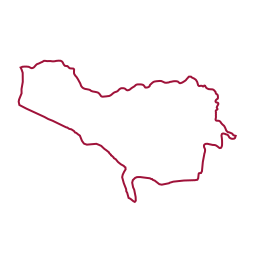 Malacatán, San Marcos, Guatemala (Albers equal-area conic projection), rotated 85°
{"feature_id": "79465075B54780709245522", "entity_name": "Malacatán", "entity_type": "district", "adm_level": 2, "iso_a3": "GTM", "parent_name": "Guatemala", "parent_adm1": "San Marcos", "projection": "albers", "projection_center": [-92.12, 14.914], "detail": "fine", "context": "isolated", "style": "outline", "palette": "rose", "viewbox_px": 256, "rotation_deg": 85, "n_neighbors": 0, "source": "geoboundaries", "source_scale": "gbopen_adm2", "svg_char_len": 5640}
<svg xmlns="http://www.w3.org/2000/svg" viewBox="0 0 256 256"><g transform="rotate(85 128 128)"><path d="M99.8,227.6L109.7,210.3L112.1,206.7L114.2,202.5L122.1,189.3L122.2,188.5L123.7,186.7L124.4,184.5L126.4,182.0L127.8,181.2L128.4,179.9L130.0,178.3L131.4,176.6L136.7,175.0L138.8,173.8L139.8,173.1L140.3,172.0L141.0,170.4L141.0,160.9L142.1,158.7L143.5,156.2L144.8,155.1L146.8,153.3L148.3,151.5L150.7,149.0L151.4,148.9L153.2,147.3L153.7,147.3L154.6,146.2L156.1,144.9L156.8,144.7L158.1,142.9L160.9,141.0L162.0,139.9L163.6,138.2L165.4,135.5L166.4,134.8L167.0,134.0L169.0,134.0L171.3,135.7L174.0,137.3L176.5,138.1L182.6,137.0L188.7,135.2L191.0,135.2L192.3,134.5L197.7,133.5L198.7,131.8L201.4,129.0L202.2,127.7L201.1,126.6L197.4,126.4L190.0,127.2L187.5,128.1L182.8,128.6L180.3,127.7L178.3,125.2L177.7,123.3L178.0,119.8L180.0,110.6L180.9,109.2L180.9,108.5L181.9,107.7L182.7,106.0L186.7,101.7L187.4,99.3L186.6,91.9L186.2,91.4L185.4,87.5L185.2,76.8L185.8,65.9L185.6,63.4L184.3,62.5L179.8,61.6L179.2,61.1L179.2,59.2L177.5,58.1L168.3,56.4L161.2,54.4L160.3,54.2L159.4,53.8L158.6,53.5L157.3,53.2L156.2,53.1L155.5,53.2L154.4,53.6L153.9,53.8L153.3,53.9L152.4,53.9L151.7,53.7L151.3,53.4L151.0,53.0L150.8,52.6L150.6,52.0L150.6,51.3L150.6,50.5L150.8,49.8L151.0,49.1L151.3,48.3L151.5,47.5L152.2,45.3L152.5,43.3L152.7,42.6L153.1,41.8L154.3,40.3L154.8,39.8L155.5,39.1L156.0,38.3L155.9,37.3L155.7,36.9L155.0,36.5L154.3,36.1L153.2,35.8L151.4,35.6L148.8,35.4L147.5,35.4L146.2,35.4L144.4,35.5L143.5,35.5L142.7,35.2L142.1,34.9L141.8,34.1L141.8,33.4L142.0,32.8L142.5,31.5L142.9,30.9L143.3,29.7L143.9,29.0L144.5,28.7L145.3,28.3L146.4,27.8L146.8,27.3L147.3,26.6L147.8,25.4L147.9,24.0L147.8,23.1L147.4,22.4L146.5,21.9L145.2,21.4L144.8,22.5L144.6,23.1L144.4,23.5L143.9,24.0L143.2,24.3L142.7,24.7L142.5,25.1L142.0,25.9L141.7,26.5L141.1,27.7L141.0,28.4L140.6,29.1L139.9,29.7L139.3,30.2L138.8,30.4L138.3,30.6L137.8,30.7L136.6,31.1L135.9,31.3L135.5,31.5L134.9,31.8L134.4,32.0L134.0,32.3L133.5,32.8L132.6,33.7L132.0,34.1L131.5,34.5L131.1,34.8L130.6,35.0L130.1,35.3L129.6,35.7L129.1,36.2L128.8,36.8L128.6,37.7L128.5,38.5L128.4,39.2L128.0,39.8L127.4,40.0L126.8,40.0L126.3,39.8L125.6,39.6L125.2,39.5L124.4,39.4L123.4,39.4L122.9,39.3L122.4,39.2L121.6,39.2L121.0,39.2L120.4,39.0L119.9,39.1L119.2,39.1L118.4,39.0L117.9,38.5L117.6,38.0L117.4,37.5L117.0,37.2L116.5,37.3L115.8,37.7L115.2,37.8L114.6,37.5L113.7,37.0L112.7,36.3L112.2,36.0L111.7,35.9L111.1,36.0L110.7,36.4L110.4,37.1L110.3,37.6L110.1,38.0L109.5,38.4L108.9,38.5L108.4,38.3L107.8,37.9L107.3,37.3L106.9,36.7L106.7,36.2L106.0,35.8L104.7,35.7L103.7,35.7L103.1,35.8L102.4,36.2L101.9,36.8L101.5,37.3L100.9,37.5L100.2,37.6L99.6,37.7L99.2,38.1L98.6,38.4L98.0,38.9L97.6,39.3L97.3,39.6L97.0,40.3L96.8,40.8L96.6,42.6L96.4,43.6L96.3,44.2L96.0,44.8L95.7,45.4L95.3,45.9L94.8,46.5L94.3,46.8L93.5,47.2L92.7,47.5L92.4,48.3L92.9,49.0L93.2,49.6L92.7,50.2L92.4,50.9L92.3,52.1L92.4,52.7L92.4,53.5L92.0,54.0L91.5,54.4L91.0,54.5L90.5,54.6L89.5,54.8L88.5,55.0L87.8,55.2L87.3,55.5L86.6,55.8L85.8,56.3L85.4,56.7L85.0,57.3L84.5,57.8L84.1,58.6L83.8,59.0L83.5,59.6L83.2,60.0L82.4,60.7L82.3,61.3L82.2,61.9L82.2,62.5L82.2,63.0L83.4,64.2L84.4,65.3L85.2,66.0L85.5,66.4L85.8,66.8L86.4,67.9L86.7,68.5L87.4,69.9L87.6,70.6L87.8,71.3L87.9,71.9L87.8,72.6L87.4,73.1L86.9,73.5L86.5,73.9L86.1,74.3L85.7,75.4L85.6,76.0L85.5,76.9L85.4,78.4L85.5,79.6L85.7,81.0L85.7,81.8L85.8,82.4L86.1,83.2L86.2,83.8L86.2,84.7L86.3,85.4L86.2,86.5L86.0,87.4L85.6,88.1L85.0,89.1L84.3,90.4L84.1,90.8L83.9,92.2L83.9,94.3L83.9,95.6L84.0,97.2L84.1,97.7L84.3,98.5L84.5,98.9L85.4,100.3L85.9,100.9L86.6,101.8L86.9,102.2L87.5,102.6L88.0,102.7L88.5,103.2L89.0,104.0L89.2,104.7L89.3,105.4L89.3,106.0L89.3,106.7L89.1,107.3L88.3,107.8L87.8,108.0L87.0,108.6L86.4,109.2L86.1,109.9L85.8,110.9L85.7,111.4L85.6,112.4L85.4,114.5L85.5,115.4L85.6,115.9L86.0,116.7L87.0,117.9L88.2,120.3L88.7,121.2L89.2,121.9L89.7,122.6L90.0,123.2L90.2,123.7L90.4,124.9L90.3,125.6L90.1,126.0L89.6,126.6L88.8,127.3L88.4,127.9L88.1,128.6L88.0,129.0L87.9,129.6L87.8,130.5L87.8,131.3L88.0,131.9L88.3,132.6L88.6,133.1L89.3,134.0L90.1,134.8L90.4,135.3L90.8,136.2L90.9,136.8L91.2,138.0L91.6,139.0L92.1,139.8L92.8,140.8L93.2,141.3L93.5,141.8L94.0,142.6L94.1,143.0L94.4,143.7L94.5,144.3L94.5,145.2L94.6,146.9L94.6,147.9L94.6,149.1L94.6,150.3L94.5,151.0L94.1,151.8L93.8,152.1L93.3,152.4L92.4,152.9L91.2,153.7L90.8,154.1L90.2,154.7L89.7,155.8L89.2,157.4L88.5,160.0L88.2,160.6L88.0,161.2L87.7,161.6L87.4,162.0L87.0,162.3L86.6,163.0L86.4,163.5L86.1,164.5L85.8,165.5L85.6,166.2L85.5,166.7L85.2,167.6L84.8,168.4L84.0,169.6L83.4,170.1L82.7,170.6L82.0,171.0L81.0,171.3L80.1,171.5L79.5,171.7L78.9,171.9L77.4,172.6L75.3,173.5L74.3,174.0L72.8,174.8L72.1,175.3L71.5,175.8L70.7,176.2L70.3,176.5L69.8,176.7L69.3,176.9L68.7,177.0L67.2,176.9L66.2,176.8L65.8,176.7L65.2,176.6L64.7,176.7L64.1,177.2L63.9,178.2L63.6,180.2L63.3,181.0L62.6,181.7L61.6,182.4L61.0,183.1L61.0,183.7L60.7,184.8L60.5,185.5L59.6,186.2L58.4,186.8L57.2,187.2L56.7,187.5L56.2,187.8L55.9,188.1L55.6,188.5L55.2,189.2L55.1,189.6L54.9,191.2L54.9,191.9L54.9,193.6L55.0,194.4L55.1,195.0L55.1,195.7L55.1,196.6L55.0,197.5L54.8,198.4L54.6,199.1L54.4,201.4L54.4,202.1L54.2,203.4L54.0,204.1L53.9,204.7L53.8,205.4L53.8,205.9L54.0,206.3L54.3,206.9L54.6,207.5L54.8,207.9L54.9,208.4L56.1,211.6L56.2,212.2L56.4,212.9L56.7,213.5L57.7,214.7L58.7,215.7L59.3,216.4L59.6,216.9L59.9,217.8L60.0,218.6L59.9,219.0L59.7,219.5L58.8,220.9L58.5,221.4L58.3,222.0L58.2,222.6L58.0,223.6L57.9,224.5L57.8,226.1L57.8,227.0L57.8,227.9L58.2,228.9L58.4,229.7L60.5,228.9L63.8,228.1L72.9,228.8L80.0,230.7L84.2,231.0L90.1,234.0L92.2,234.6L95.6,234.2L99.8,227.6Z" fill="none" stroke="#9f1239" stroke-width="2"/></g></svg>